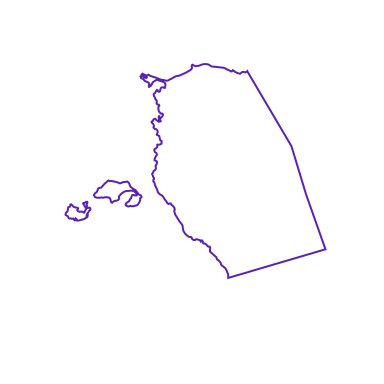 Sharm el-Sheikh, Janub Sina', Egypt (Natural Earth projection), rotated 144°
{"feature_id": "37247803B39887765706268", "entity_name": "Sharm el-Sheikh", "entity_type": "district", "adm_level": 2, "iso_a3": "EGY", "parent_name": "Egypt", "parent_adm1": "Janub Sina'", "projection": "natural_earth1", "projection_center": [34.42, 28.077], "detail": "fine", "context": "isolated", "style": "outline", "palette": "violet", "viewbox_px": 384, "rotation_deg": 144, "n_neighbors": 0, "source": "geoboundaries", "source_scale": "gbopen_adm2", "svg_char_len": 5847}
<svg xmlns="http://www.w3.org/2000/svg" viewBox="0 0 384 384"><g transform="rotate(144 192 192)"><path d="M76.3,257.2L76.5,257.1L78.5,257.4L79.7,258.8L80.7,259.5L83.6,259.4L85.4,261.6L85.9,262.7L86.4,263.4L87.0,265.8L87.5,266.6L88.5,266.1L89.5,266.5L90.0,267.8L91.1,269.6L92.6,272.7L93.6,274.1L99.8,279.8L102.2,281.8L103.5,285.0L104.6,286.5L106.6,288.1L109.0,289.3L112.3,290.1L115.1,291.6L115.9,292.8L116.8,294.7L117.7,294.6L118.1,294.2L118.6,293.4L119.3,292.1L120.8,291.6L122.7,291.7L126.7,292.1L131.1,293.0L132.3,293.3L134.3,293.8L136.9,295.1L138.3,295.3L142.3,295.7L143.5,296.1L146.0,296.3L147.1,296.9L148.3,298.3L150.4,300.5L151.7,301.9L153.7,305.3L155.3,307.4L157.8,311.0L158.2,312.4L159.1,312.6L160.2,312.9L161.2,314.2L162.5,316.8L163.6,316.5L163.4,315.5L162.8,314.1L161.7,313.3L160.8,312.2L161.3,311.2L162.1,311.2L163.0,312.3L163.9,314.7L164.5,316.2L165.6,315.9L165.5,315.2L166.2,314.1L165.8,313.2L165.1,312.0L165.0,310.3L164.2,308.2L163.1,306.6L162.8,305.2L163.1,304.2L164.3,303.7L165.0,302.4L164.5,302.2L163.3,302.1L161.8,302.4L160.5,303.2L159.4,303.8L158.3,303.8L155.9,303.6L154.8,303.6L154.0,303.1L153.0,301.2L151.6,299.8L149.9,296.6L149.9,295.5L150.8,293.8L151.4,293.3L152.2,292.9L152.5,292.2L153.2,292.5L154.2,294.0L155.6,294.5L156.5,294.2L157.6,293.3L158.7,292.3L160.0,292.6L160.4,293.5L160.0,294.6L160.4,295.2L161.8,294.7L163.1,294.1L163.9,293.8L164.8,293.9L165.5,293.6L166.1,292.7L166.3,292.0L166.3,291.7L166.4,291.0L166.7,289.6L167.0,288.4L166.8,287.7L167.0,286.2L167.8,285.4L168.6,284.5L168.6,283.5L168.2,282.8L167.5,282.1L167.6,281.2L168.7,280.7L169.7,279.9L170.4,279.0L171.3,276.9L171.4,276.2L171.1,273.7L170.0,272.9L169.9,272.0L170.5,271.1L171.6,270.7L173.0,270.3L174.3,270.3L174.3,271.2L174.1,272.6L174.6,272.5L175.0,272.2L175.2,271.3L176.1,270.1L175.9,269.5L175.3,269.0L175.5,268.2L175.7,267.7L176.5,267.8L177.8,268.6L178.0,269.9L178.5,270.9L178.6,272.6L179.5,273.3L180.7,273.2L182.0,272.5L182.5,272.6L183.3,272.7L183.6,272.2L183.7,271.5L183.4,269.6L183.7,268.4L184.2,267.5L185.3,266.8L185.3,266.0L184.9,264.7L184.0,263.8L183.8,262.2L184.5,260.6L185.9,259.7L186.8,259.1L186.8,258.7L186.1,257.7L185.6,256.5L186.6,254.3L187.3,252.3L186.6,251.2L187.1,250.4L188.3,249.1L189.7,249.1L190.8,249.7L191.8,250.5L192.5,250.5L192.7,249.9L193.7,248.8L195.5,248.5L196.5,248.7L197.5,248.5L198.0,247.8L198.3,246.9L198.5,246.1L197.9,244.3L198.2,243.4L198.9,242.5L200.4,242.0L202.3,241.1L203.6,239.9L203.0,238.4L202.5,237.5L202.8,236.6L204.5,235.1L205.5,235.0L206.4,234.0L206.8,233.2L207.6,232.0L208.9,231.4L209.8,231.6L210.8,231.5L211.6,230.9L213.2,230.1L213.6,230.1L214.5,227.1L214.6,225.6L215.1,224.9L215.9,224.7L217.1,223.2L216.9,222.2L217.1,221.0L217.9,219.3L218.4,216.5L218.9,214.1L219.7,211.9L219.5,209.3L218.4,207.0L218.1,204.8L218.4,202.2L218.3,199.4L218.5,197.2L218.0,196.1L217.0,196.0L216.0,195.3L216.2,193.5L215.7,192.4L215.5,189.6L216.3,187.9L217.4,187.3L217.9,186.2L218.8,183.8L219.1,179.3L219.4,175.2L219.2,171.5L219.5,170.0L220.6,168.3L221.8,165.7L222.1,162.5L221.3,158.5L220.7,157.3L220.0,156.9L219.0,155.7L219.4,154.7L219.4,153.2L218.6,152.0L217.6,151.3L217.1,151.5L216.3,151.2L215.3,150.3L214.0,148.4L214.0,146.9L213.6,147.1L212.9,147.4L212.2,146.6L212.5,145.5L213.1,144.7L213.0,143.6L212.0,142.9L211.4,141.7L211.2,139.3L210.9,138.2L209.8,137.4L210.0,136.1L210.8,135.3L211.6,134.4L212.5,133.1L212.1,131.5L211.5,128.7L210.6,124.7L211.4,123.0L210.7,120.8L210.4,118.1L211.0,116.3L211.1,115.2L210.5,113.0L209.8,110.8L210.1,108.4L211.2,104.1L213.2,101.2L117.7,67.2L101.1,123.1L84.6,170.6L76.3,257.2ZM238.1,216.6L237.7,217.4L236.6,217.5L236.4,217.5L235.8,217.6L235.3,218.8L235.9,220.3L236.6,221.6L236.5,223.8L236.7,227.0L237.7,228.9L238.4,231.4L238.7,232.8L238.0,234.9L237.8,236.7L238.1,238.4L239.5,239.1L240.6,239.7L241.5,240.3L243.4,240.8L245.2,241.3L246.4,243.3L248.3,245.7L250.7,248.2L252.2,249.3L252.8,250.4L256.2,250.2L258.2,250.0L262.8,248.9L263.9,249.5L266.0,250.0L266.9,249.2L268.8,248.1L271.8,247.8L273.1,247.3L273.5,245.0L272.3,243.3L270.4,241.8L269.6,241.4L268.5,240.9L267.4,239.7L265.4,238.8L264.4,238.3L263.1,236.8L262.1,235.9L262.2,234.3L263.0,232.5L263.3,231.3L263.0,230.3L261.5,230.5L259.7,230.2L258.3,229.4L256.4,228.9L255.9,229.1L255.3,229.2L255.1,229.3L254.8,229.5L254.5,230.1L254.1,230.9L253.4,231.5L249.6,232.2L246.8,232.1L244.7,231.5L242.7,230.2L241.2,229.3L239.9,228.5L238.5,226.8L238.1,225.8L238.0,223.5L238.1,222.5L238.7,221.8L239.3,222.0L240.3,222.9L241.1,224.0L242.1,224.6L243.2,224.1L244.0,223.6L245.0,222.7L246.0,222.7L247.5,221.9L248.9,221.5L250.7,221.7L252.3,221.4L253.3,220.6L253.0,219.0L251.9,217.6L250.1,217.1L249.3,216.0L248.0,215.0L246.5,214.5L244.7,213.7L243.4,213.6L241.6,214.3L240.2,214.9L239.0,215.6L238.1,216.6ZM285.0,246.3L286.2,246.9L286.7,246.8L286.8,246.8L287.0,245.3L287.0,245.0L287.2,242.8L287.2,242.4L287.3,241.8L287.3,240.6L288.4,240.2L289.8,239.5L290.7,238.9L291.0,238.8L291.5,238.7L292.1,240.2L292.8,241.1L294.6,242.0L295.5,243.6L295.4,244.9L294.1,245.4L294.0,245.6L293.7,245.8L294.1,246.7L295.1,247.8L295.9,248.7L296.3,249.0L296.6,250.3L296.8,252.0L297.1,253.1L297.7,253.3L298.3,252.7L299.3,251.9L300.1,252.1L301.2,252.3L302.6,250.9L302.9,250.6L303.2,250.3L304.0,249.6L305.2,249.5L306.6,249.1L307.7,247.8L307.1,246.3L306.7,245.1L307.1,243.5L306.8,242.6L305.5,241.8L305.2,241.3L305.0,240.9L304.5,240.6L304.0,240.5L303.5,240.2L303.7,238.9L303.5,238.0L302.8,237.9L302.1,238.7L302.0,238.8L301.7,239.0L301.4,238.1L301.4,237.4L302.0,236.7L301.5,236.1L300.4,235.5L299.8,235.3L298.2,234.7L297.3,234.4L295.2,233.5L293.5,233.6L291.9,233.2L291.0,233.5L290.1,234.4L290.5,234.6L291.0,234.9L290.0,235.7L287.7,236.6L286.2,237.1L285.2,237.3L284.4,237.6L283.8,238.7L284.4,239.8L285.0,240.1L285.9,240.4L286.6,241.4L285.9,241.8L285.1,242.5L284.7,243.8L284.0,244.2L283.1,244.8L282.7,245.0L282.6,245.7L283.7,246.3L284.9,246.3L285.0,246.3Z" fill="none" stroke="#5b21b6" stroke-width="2"/></g></svg>